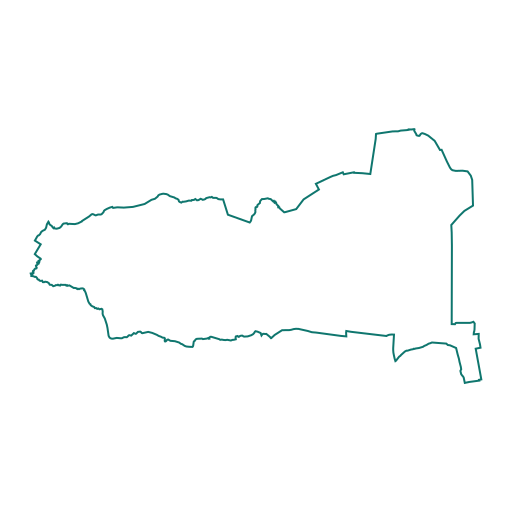 outline of Nicolae Balcescu, Bacau, Romania
{"feature_id": "2599482B89029653208955", "entity_name": "Nicolae Balcescu", "entity_type": "district", "adm_level": 2, "iso_a3": "ROU", "parent_name": "Romania", "parent_adm1": "Bacau", "projection": "mercator", "projection_center": [26.867, 46.473], "detail": "fine", "context": "isolated", "style": "outline", "palette": "teal", "viewbox_px": 512, "rotation_deg": 0, "n_neighbors": 0, "source": "geoboundaries", "source_scale": "gbopen_adm2", "svg_char_len": 5983}
<svg xmlns="http://www.w3.org/2000/svg" viewBox="0 0 512 512"><path d="M110.4,338.2L111.5,338.6L112.9,338.7L116.7,337.9L121.1,338.3L122.0,338.2L123.7,337.3L124.8,337.1L126.8,337.2L127.5,336.7L128.7,335.4L129.5,335.2L131.2,335.6L133.9,333.1L135.5,333.8L136.1,333.7L137.9,331.9L140.2,331.6L140.9,332.0L141.7,333.0L142.3,333.2L148.2,331.9L152.2,332.9L157.0,334.9L158.6,335.9L160.9,336.7L162.5,337.6L164.3,337.8L164.7,338.1L164.9,338.6L164.7,340.4L164.8,341.2L165.1,341.5L165.6,341.4L166.3,340.9L167.1,339.8L168.1,339.5L170.4,340.8L174.9,341.2L179.1,342.5L180.9,343.8L182.2,344.2L184.7,345.9L186.4,346.5L189.2,346.8L192.5,346.9L193.0,346.2L193.2,345.5L193.7,341.9L193.9,341.4L194.8,340.8L195.3,339.9L196.0,339.2L197.0,338.8L201.9,338.6L202.9,339.1L206.7,338.6L208.3,338.0L208.4,338.5L208.9,338.8L209.2,338.7L208.8,338.2L209.1,337.8L210.3,336.8L211.3,336.8L219.3,339.2L220.2,339.8L221.8,339.6L223.9,340.0L225.6,340.1L227.2,339.8L230.9,340.5L232.4,339.9L233.8,339.8L235.8,339.3L235.6,337.5L235.7,336.7L235.9,336.4L237.6,336.0L238.2,336.7L238.8,336.9L239.8,336.1L241.0,335.7L242.5,335.7L243.3,336.3L244.1,336.6L247.7,336.4L251.3,335.2L253.2,334.1L254.3,332.8L254.9,331.7L255.5,331.2L257.6,331.7L260.6,333.0L261.5,335.5L262.5,334.2L263.2,333.8L265.6,334.0L266.3,333.9L269.8,336.8L271.0,338.2L271.4,338.1L271.6,337.6L272.7,336.8L274.6,335.0L282.1,330.2L289.3,330.1L291.2,329.8L293.6,329.1L295.9,328.8L298.5,328.9L307.9,331.0L311.8,332.2L316.4,332.6L340.8,335.9L346.3,336.4L346.1,332.6L346.3,331.0L351.0,331.8L386.5,336.0L387.2,335.5L389.1,334.8L391.5,334.5L394.0,334.6L393.2,348.0L393.2,350.3L393.4,352.7L393.9,355.3L394.6,358.5L395.4,361.1L396.0,360.7L399.1,356.7L400.5,355.7L400.8,355.2L404.9,351.5L406.4,350.7L407.5,350.7L410.8,349.6L413.1,349.2L413.9,348.7L414.6,348.9L415.6,348.5L419.0,348.0L423.0,346.8L424.3,345.9L426.5,345.0L428.6,343.7L430.3,343.2L432.0,342.5L446.3,343.6L447.8,345.0L450.0,345.3L456.1,348.0L457.6,354.2L458.9,358.7L459.5,361.8L460.8,366.8L461.2,369.3L460.4,370.9L461.2,374.2L462.4,375.8L463.1,376.5L463.7,377.6L464.8,382.9L469.0,382.0L479.3,380.6L479.1,379.8L481.3,379.4L475.7,348.7L480.5,347.7L480.0,344.4L478.6,338.8L478.7,333.9L473.7,334.3L473.9,332.1L474.2,331.5L474.5,329.6L474.7,323.5L473.4,321.8L471.5,322.5L469.8,322.9L456.3,322.9L455.6,323.1L455.0,324.2L451.7,324.1L451.9,245.7L451.7,232.7L451.3,225.0L459.6,215.6L464.4,210.9L473.0,205.6L472.2,179.9L470.8,175.7L467.6,171.4L462.5,170.7L455.8,170.9L452.4,170.2L451.1,169.2L449.9,167.5L446.8,161.3L441.6,149.8L440.0,150.0L434.7,140.9L428.2,135.6L424.9,134.0L422.4,133.2L421.8,133.3L420.7,134.0L419.5,135.8L419.0,135.9L417.1,135.5L416.5,135.1L416.1,133.9L414.4,131.1L414.2,130.5L414.5,129.3L414.2,129.1L411.4,129.5L408.7,129.4L408.7,129.8L406.9,130.1L400.6,130.6L398.2,131.3L392.7,131.4L376.9,133.7L376.0,134.0L375.7,138.9L370.3,174.0L362.3,173.2L354.0,172.8L353.9,172.3L343.7,174.3L342.8,172.3L336.0,175.1L333.1,175.8L330.3,177.0L315.9,183.8L318.9,189.5L303.6,199.4L296.2,209.1L285.3,212.1L284.2,212.3L279.7,208.3L279.5,208.1L279.4,207.5L279.0,207.4L278.9,207.0L278.2,207.2L278.1,206.8L278.3,206.1L278.2,205.8L276.6,204.4L276.1,202.7L275.7,202.1L275.3,202.1L274.9,202.8L274.7,202.9L274.5,202.7L274.2,202.0L274.0,201.9L274.5,201.3L274.1,201.2L273.9,200.9L273.5,201.3L273.1,201.4L270.7,199.1L268.8,198.8L267.8,198.3L264.2,199.0L261.9,199.1L260.3,200.9L260.0,201.8L259.9,203.0L257.6,204.9L257.3,205.5L257.4,206.2L257.3,206.6L256.8,207.1L255.7,207.2L255.4,207.9L255.5,209.5L255.3,210.1L255.4,212.1L254.8,213.5L254.1,214.4L252.0,216.2L251.1,220.4L250.6,221.4L249.7,222.5L227.9,214.7L223.1,199.4L220.4,199.4L218.3,199.1L216.9,198.1L216.3,197.9L213.1,197.9L211.8,196.9L210.7,197.4L209.6,197.2L206.2,198.1L205.4,199.0L203.9,199.6L202.6,199.8L201.9,199.3L200.6,198.8L198.5,200.1L197.0,200.3L195.3,199.0L194.0,199.9L191.7,200.1L191.4,200.7L188.8,200.6L186.1,201.4L183.3,201.8L182.6,201.7L181.3,202.6L179.8,202.0L179.0,201.4L178.5,199.8L177.3,198.9L175.5,198.3L174.4,197.5L169.8,196.1L167.9,194.7L166.4,194.1L163.3,193.7L162.1,193.9L159.5,194.6L158.3,195.4L157.6,196.6L154.9,198.8L151.5,199.8L144.6,204.0L133.0,206.9L123.8,207.6L117.3,207.3L113.1,207.9L112.3,206.9L109.8,207.6L106.9,208.9L104.8,210.1L104.1,210.7L103.4,212.3L101.6,214.2L100.8,214.5L98.1,214.5L96.0,215.3L95.4,215.3L93.3,214.3L92.4,214.1L91.5,214.4L89.2,216.4L82.0,221.0L81.9,221.4L78.1,223.3L74.9,224.1L69.0,223.8L67.9,224.3L67.5,224.1L67.3,223.8L67.4,223.6L67.1,223.3L66.6,223.2L63.5,223.6L62.6,224.4L61.2,226.5L59.6,227.9L57.5,228.5L56.6,228.7L54.9,228.5L54.5,228.3L54.1,227.6L53.6,228.2L52.8,227.5L51.7,225.9L50.3,225.0L49.4,224.1L48.9,222.4L48.4,221.7L46.9,224.3L46.1,227.7L44.9,229.7L42.5,230.9L41.1,232.1L40.1,234.1L39.0,235.2L38.0,235.6L37.2,236.5L34.9,240.6L40.7,244.3L34.8,254.1L37.2,256.3L40.7,258.7L40.8,259.1L39.9,259.9L39.6,260.4L39.5,260.9L38.8,260.7L38.4,261.0L38.6,262.2L39.1,262.6L38.8,263.2L38.3,262.6L37.2,262.4L37.0,262.8L37.7,264.0L37.5,264.5L37.2,264.9L36.0,265.5L35.9,265.8L36.7,267.8L36.4,268.4L35.2,268.6L34.3,269.5L34.0,270.3L33.1,270.8L33.0,271.0L33.5,271.7L33.5,272.0L32.8,272.3L32.8,272.7L33.3,273.2L32.5,274.0L31.2,273.4L30.7,273.5L30.8,273.9L31.3,274.5L31.3,276.0L33.3,276.2L34.8,276.9L35.8,276.8L36.7,277.6L37.3,278.5L37.4,279.1L37.9,279.5L38.9,279.7L39.2,280.3L40.2,280.9L42.2,280.7L42.8,282.1L44.0,282.2L45.1,281.7L47.3,282.1L48.9,283.2L49.7,284.7L51.8,284.9L53.2,286.2L55.0,285.7L55.9,285.1L57.2,285.2L57.9,284.7L58.5,284.9L59.0,285.4L60.2,285.5L60.5,284.8L60.9,284.6L62.0,284.9L65.7,284.9L66.2,285.5L67.0,285.2L67.3,285.8L69.4,285.4L73.8,288.0L74.8,287.9L76.5,288.3L77.0,288.9L77.4,289.1L78.0,288.7L78.7,289.1L79.2,289.1L80.1,288.6L82.0,288.4L82.8,288.4L83.7,288.9L84.3,289.5L84.1,290.3L84.9,291.0L85.8,293.1L88.3,301.5L89.6,303.8L90.4,304.2L90.7,305.2L92.3,306.3L94.3,307.1L94.8,308.1L96.5,308.1L97.2,308.9L98.4,308.5L99.4,309.3L101.5,308.8L102.3,309.3L102.7,311.4L102.6,313.8L103.0,315.3L104.8,318.5L106.8,324.7L107.5,328.1L108.6,335.8L109.5,337.5L110.4,338.2Z" fill="none" stroke="#0f766e" stroke-width="2"/></svg>